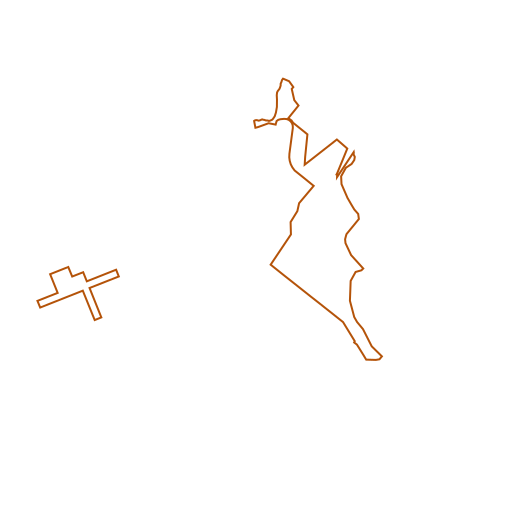 the district of Weipa, Queensland, Australia, rotated 124°
{"feature_id": "25037944B24701814738895", "entity_name": "Weipa", "entity_type": "district", "adm_level": 2, "iso_a3": "AUS", "parent_name": "Australia", "parent_adm1": "Queensland", "projection": "orthographic", "projection_center": [141.869, -12.645], "detail": "fine", "context": "isolated", "style": "outline", "palette": "amber", "viewbox_px": 512, "rotation_deg": 124, "n_neighbors": 0, "source": "geoboundaries", "source_scale": "gbopen_adm2", "svg_char_len": 1978}
<svg xmlns="http://www.w3.org/2000/svg" viewBox="0 0 512 512"><g transform="rotate(124 256 256)"><path d="M268.8,95.5L266.2,109.5L256.8,126.4L254.2,135.3L251.7,140.4L240.6,153.1L223.7,163.6L213.5,164.5L210.0,161.5L208.9,160.6L206.4,160.1L202.1,177.6L195.3,189.0L192.3,191.5L188.3,192.9L187.2,193.2L167.8,191.4L164.0,194.8L162.5,200.5L160.2,205.4L156.7,212.6L148.6,225.3L142.3,230.0L133.0,230.8L132.5,230.8L126.2,228.2L123.0,228.2L121.5,228.2L118.6,229.5L116.9,232.4L115.9,232.5L115.2,233.1L116.5,233.1L145.3,232.9L144.5,233.4L143.5,233.5L143.5,234.8L141.9,235.0L128.7,237.7L115.9,240.4L114.2,254.1L140.5,262.6L153.1,266.7L146.1,270.8L126.4,281.4L124.8,299.8L123.8,302.3L123.7,305.1L124.0,306.3L107.5,304.9L105.4,311.4L97.5,319.8L95.1,319.5L92.6,326.3L93.8,332.5L93.9,332.8L94.1,332.8L95.7,332.8L97.6,332.2L99.4,331.9L100.9,330.9L102.2,330.5L102.6,330.4L104.3,330.0L105.6,330.1L106.1,330.1L107.0,330.2L108.6,330.0L111.1,328.7L114.7,326.0L120.8,322.0L125.9,319.7L129.7,318.6L132.7,318.6L134.0,318.8L135.9,320.0L136.8,320.8L137.1,322.0L137.6,322.8L138.1,323.6L138.5,325.2L139.0,326.2L139.3,327.3L139.6,327.5L140.5,328.1L141.5,328.7L142.4,329.6L142.7,330.8L143.2,331.8L144.0,332.6L145.0,333.1L145.4,332.8L150.0,328.2L148.9,327.2L147.7,326.2L142.2,322.2L138.9,319.8L136.5,314.2L136.1,313.2L132.6,314.4L130.7,313.7L129.0,312.3L126.6,309.4L125.4,307.3L124.8,305.0L125.0,302.6L125.8,300.4L127.3,298.5L129.2,297.1L152.5,285.5L155.6,283.6L158.2,281.3L160.5,278.5L162.2,275.4L163.5,271.8L164.4,260.9L165.3,250.9L165.6,247.4L188.1,249.8L195.7,246.8L208.5,246.3L218.6,239.1L255.0,239.0L256.4,221.8L257.8,203.3L258.5,194.1L259.0,187.8L259.7,177.9L262.1,146.9L271.4,126.5L272.8,126.3L273.0,122.8L278.1,111.4L280.3,106.7L275.1,98.5L272.6,95.9L268.8,95.5ZM386.2,416.5L397.5,399.8L415.4,412.1L419.4,406.1L381.6,380.2L399.3,353.9L393.4,349.9L375.6,376.1L349.7,358.3L345.6,364.3L371.6,382.1L366.1,390.2L375.8,396.9L370.1,405.5L386.2,416.5Z" fill="none" stroke="#b45309" stroke-width="2"/></g></svg>